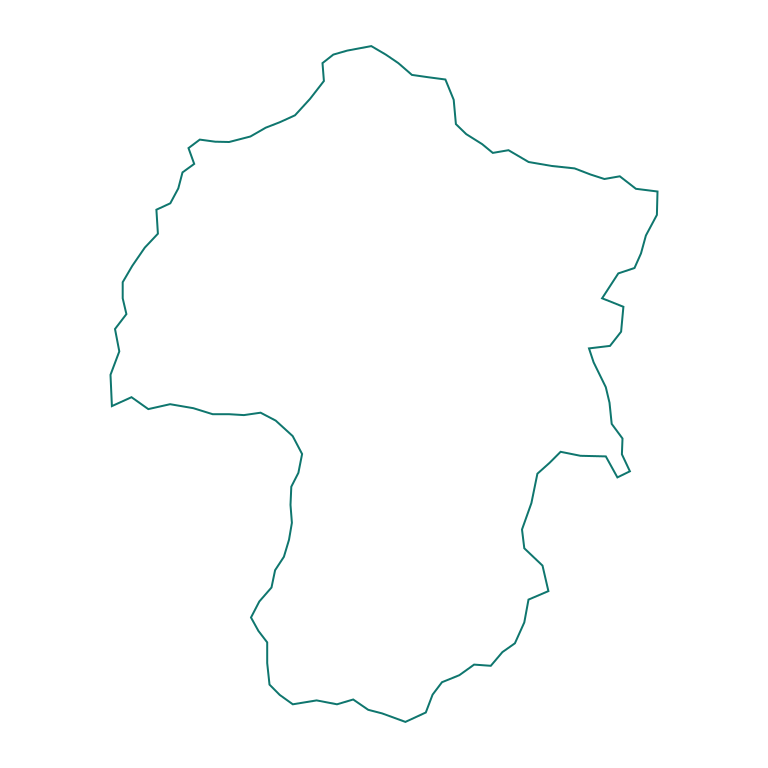 Caiana, Minas Gerais, Brazil (orthographic projection)
{"feature_id": "56859067B54164523766538", "entity_name": "Caiana", "entity_type": "district", "adm_level": 2, "iso_a3": "BRA", "parent_name": "Brazil", "parent_adm1": "Minas Gerais", "projection": "orthographic", "projection_center": [-41.908, -20.729], "detail": "fine", "context": "isolated", "style": "outline", "palette": "teal", "viewbox_px": 768, "rotation_deg": 0, "n_neighbors": 0, "source": "geoboundaries", "source_scale": "gbopen_adm2", "svg_char_len": 1555}
<svg xmlns="http://www.w3.org/2000/svg" viewBox="0 0 768 768"><path d="M657.5,191.5L635.9,188.8L619.8,176.3L604.4,179.0L590.5,174.5L574.6,168.4L551.9,166.0L528.6,162.0L508.5,150.2L492.8,152.9L482.1,144.1L466.2,134.1L455.9,124.1L453.7,99.8L445.4,79.5L428.7,77.3L411.9,74.9L398.3,63.1L385.8,54.6L371.3,46.1L347.2,50.6L333.3,54.6L322.5,63.1L323.9,81.0L310.0,98.9L295.0,115.3L279.6,122.3L265.7,127.7L250.4,136.5L229.1,142.0L215.2,141.7L199.8,139.6L188.5,148.1L194.2,163.9L182.5,172.4L178.3,188.4L170.3,203.3L156.4,209.7L157.9,233.7L144.8,247.6L132.3,265.8L122.7,282.2L122.7,298.3L126.4,314.1L115.0,329.0L119.3,351.4L110.5,374.8L111.9,406.1L131.5,397.2L148.3,409.1L170.1,404.2L193.4,408.2L212.7,414.2L229.1,414.2L243.9,415.1L260.6,412.7L275.7,420.6L292.7,436.1L302.1,454.0L298.4,472.8L291.3,486.7L290.5,504.9L291.9,522.8L289.0,539.8L283.9,556.8L275.1,570.2L271.5,587.5L259.3,601.5L251.0,617.5L258.4,630.9L267.2,642.4L267.2,663.1L269.5,684.6L279.7,694.9L292.8,704.3L316.6,700.4L337.0,704.3L353.2,699.5L368.2,709.8L382.1,713.4L405.4,721.9L425.8,712.5L432.6,694.6L442.0,682.2L459.3,675.2L474.1,664.6L490.8,665.8L502.4,652.1L514.9,643.3L524.3,622.4L528.5,599.6L548.4,591.1L542.5,565.6L524.3,548.3L522.0,529.5L531.4,503.1L537.4,473.7L549.6,462.8L560.6,451.8L580.5,455.8L605.8,456.4L617.4,477.4L629.9,471.3L621.9,454.3L622.5,438.5L611.7,423.9L609.5,402.7L605.8,387.2L593.6,362.3L589.0,348.4L610.0,345.9L621.1,331.7L623.4,306.8L602.1,298.3L618.3,273.4L634.5,268.0L641.0,253.4L645.9,235.5L656.9,214.9L657.5,191.5Z" fill="none" stroke="#0f766e" stroke-width="2"/></svg>